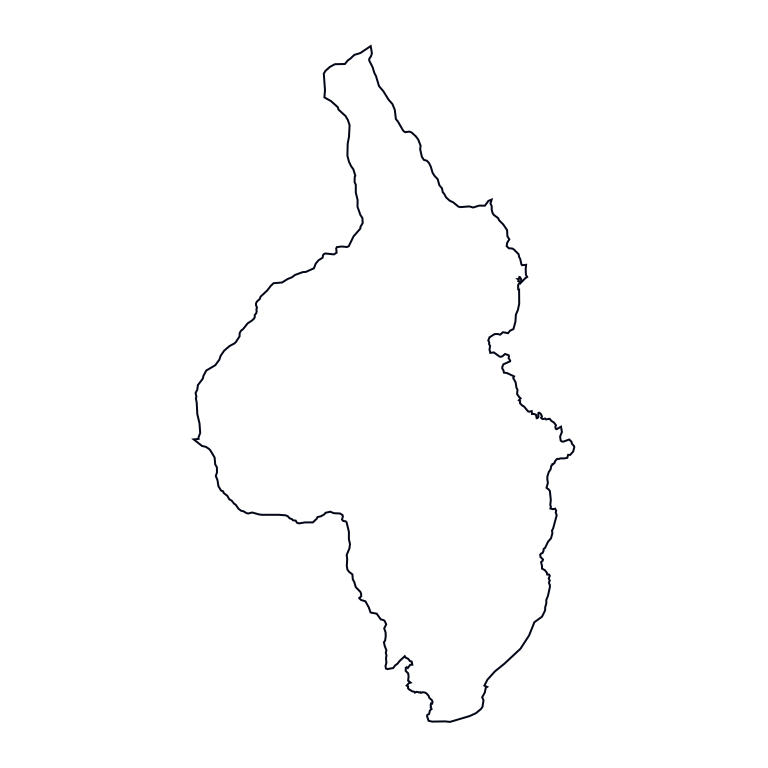 outline of Tangua, Nariño, Colombia
{"feature_id": "7082276B88194767649924", "entity_name": "Tangua", "entity_type": "district", "adm_level": 2, "iso_a3": "COL", "parent_name": "Colombia", "parent_adm1": "Nariño", "projection": "orthographic", "projection_center": [-77.351, 1.075], "detail": "fine", "context": "isolated", "style": "outline", "palette": "ink", "viewbox_px": 768, "rotation_deg": 0, "n_neighbors": 0, "source": "geoboundaries", "source_scale": "gbopen_adm2", "svg_char_len": 6104}
<svg xmlns="http://www.w3.org/2000/svg" viewBox="0 0 768 768"><path d="M323.8,73.6L325.0,90.3L324.4,97.4L331.0,101.1L337.7,107.1L338.6,109.7L345.6,116.1L347.9,120.1L349.6,125.2L349.0,136.8L347.7,143.6L347.4,155.8L349.0,161.8L351.1,166.2L353.3,169.2L355.3,175.7L354.7,177.0L354.6,182.2L355.8,184.7L355.8,192.6L357.6,199.9L357.5,206.7L360.4,215.0L362.4,218.0L362.7,223.0L360.5,226.8L360.3,228.6L353.6,236.3L348.7,246.3L346.8,247.0L341.9,246.5L336.9,247.1L336.2,248.4L336.6,252.7L333.9,254.4L325.6,253.5L324.2,253.9L323.1,255.0L322.6,257.7L318.6,260.2L315.8,263.5L313.9,268.3L305.9,271.9L302.8,272.1L295.1,274.9L291.9,277.3L287.7,279.0L282.0,282.5L273.6,283.2L270.9,285.7L267.2,290.5L260.6,296.6L259.8,298.9L256.8,301.7L256.0,303.5L256.0,305.1L257.0,307.7L256.4,309.3L256.7,311.4L256.2,313.2L254.7,315.1L254.8,316.9L254.2,318.4L252.0,320.5L247.7,323.3L243.0,329.2L241.0,330.7L239.6,333.3L239.6,336.3L235.7,342.3L234.1,343.6L229.6,346.0L224.2,350.6L220.6,355.9L219.4,359.6L215.3,365.2L206.2,370.6L203.5,375.8L202.7,378.8L197.9,385.1L197.3,389.6L195.6,392.9L196.4,396.7L195.9,398.4L196.7,402.6L197.3,414.1L199.5,423.4L200.2,432.9L198.5,437.5L198.6,438.9L193.7,439.4L202.1,446.0L205.8,446.8L209.0,448.9L210.3,450.3L214.6,457.5L215.2,464.3L216.9,467.4L217.0,472.4L215.8,476.0L217.5,480.2L218.4,486.1L221.0,490.5L223.2,491.4L223.6,492.9L227.4,495.9L229.2,499.2L231.7,500.7L234.2,503.8L235.6,504.6L238.6,508.9L241.2,510.8L243.3,511.2L246.5,513.1L248.2,513.5L252.2,512.5L259.3,514.5L262.2,514.8L278.7,514.8L285.4,515.3L287.6,516.1L289.7,518.3L292.0,519.2L293.0,520.3L295.7,520.6L296.9,522.7L299.1,523.4L305.0,522.4L312.8,522.4L316.5,519.0L317.5,517.1L320.8,516.3L324.1,514.5L325.6,512.8L330.2,511.7L333.9,513.2L340.1,513.5L342.5,515.1L342.9,516.3L342.0,519.6L343.3,521.0L345.6,521.3L346.6,522.3L348.9,531.8L348.9,539.1L350.0,544.2L349.4,548.5L346.7,554.9L347.2,559.1L346.8,565.9L347.4,569.5L348.9,571.7L352.4,574.4L352.8,579.3L354.3,582.1L355.8,587.2L360.4,591.9L361.1,593.7L361.2,596.3L359.2,598.0L359.4,598.4L361.1,600.0L365.4,601.3L368.7,607.2L370.6,612.5L376.7,613.7L380.8,619.4L383.6,620.1L384.7,621.0L386.2,624.3L384.2,628.4L385.6,632.5L385.7,636.4L385.1,640.6L383.9,642.3L384.8,646.2L386.4,650.2L385.8,652.8L386.5,655.6L386.0,658.2L386.4,662.8L385.5,665.9L385.9,668.5L387.5,669.1L393.2,668.0L395.2,665.4L397.5,663.7L399.6,661.0L404.8,656.2L405.6,657.6L408.0,658.7L410.0,661.1L411.7,661.6L412.3,664.7L410.2,664.8L407.8,668.0L406.7,667.2L405.8,667.9L405.7,670.9L408.2,673.4L408.6,676.5L408.1,680.6L410.6,682.6L408.9,683.1L406.7,685.6L408.1,686.4L408.0,688.1L408.8,689.2L412.2,691.3L414.4,691.8L414.9,692.6L416.7,691.8L419.4,692.5L420.2,692.2L420.9,692.9L422.3,692.2L424.8,692.5L426.5,693.4L428.5,695.7L429.4,698.0L431.9,700.2L432.6,702.1L432.0,703.7L431.1,703.4L430.6,705.0L431.0,706.2L430.6,707.4L431.6,708.9L429.9,710.5L429.1,714.0L427.4,714.8L427.0,716.0L428.6,720.8L432.1,721.6L445.2,721.4L450.0,721.9L469.8,716.0L475.9,713.2L481.0,709.0L482.5,706.8L483.5,700.3L482.2,697.2L484.8,692.5L485.8,687.7L487.1,686.9L484.4,685.6L487.4,679.7L495.0,671.3L504.3,663.8L520.5,648.7L529.1,635.4L534.4,622.2L542.0,616.7L545.1,610.4L545.2,607.2L546.3,603.4L546.3,600.0L548.0,595.7L549.9,587.0L549.9,584.9L549.1,583.6L549.1,581.8L549.8,580.5L548.7,578.5L549.8,575.8L549.0,574.5L547.2,574.5L546.9,572.8L544.9,570.2L542.0,568.6L542.0,566.1L541.1,562.1L542.7,560.6L543.0,559.5L540.5,557.0L540.2,554.7L540.9,553.7L542.6,552.9L543.5,550.9L543.6,549.0L545.1,547.9L548.0,541.8L551.0,538.3L552.4,533.2L552.0,530.5L553.1,528.6L556.7,515.2L555.7,512.5L556.2,510.6L555.1,508.7L552.9,509.2L550.4,508.5L550.9,506.8L550.3,505.0L550.8,500.0L549.9,491.2L548.9,489.6L546.5,487.8L547.9,482.9L547.3,479.1L547.4,476.4L548.8,472.0L550.6,469.3L551.3,465.7L552.9,464.4L552.6,464.1L554.5,463.0L554.9,461.5L556.5,459.4L557.5,458.8L559.0,459.0L560.3,458.4L564.4,458.4L567.3,457.8L568.1,454.9L570.2,454.9L573.2,451.5L574.3,447.1L574.0,446.1L572.0,443.8L571.4,441.6L569.2,439.5L563.5,441.6L562.1,441.6L560.7,440.6L560.1,436.5L561.9,432.0L561.0,426.7L556.6,429.2L555.8,428.8L555.3,427.0L556.0,425.3L554.0,422.6L551.3,420.8L549.7,418.8L545.9,419.4L545.0,418.5L542.9,419.1L541.3,418.2L541.1,417.7L541.9,416.6L541.7,415.7L540.7,413.8L539.2,412.7L538.5,412.9L538.3,413.5L538.4,416.9L537.4,418.1L536.7,418.2L536.0,414.8L533.9,413.9L532.0,414.0L531.7,411.1L529.2,411.7L528.0,411.3L524.0,406.5L522.2,405.5L520.0,403.2L520.1,401.0L518.9,400.3L520.6,398.3L519.3,397.2L517.1,394.1L517.5,389.8L516.4,387.6L515.6,382.3L513.2,378.0L514.1,376.4L507.1,373.1L503.9,372.6L503.4,370.2L502.3,368.6L502.3,366.9L503.4,364.3L510.1,361.3L510.2,360.6L508.6,358.1L509.0,356.5L508.6,355.2L505.0,354.0L502.4,356.3L500.6,356.8L499.5,356.5L493.8,352.4L490.3,352.9L489.5,349.5L490.1,346.0L489.1,344.2L489.2,342.3L488.3,340.5L489.5,337.3L494.6,334.1L497.8,334.0L500.1,334.7L503.0,332.2L508.0,333.2L510.0,330.7L513.4,329.1L515.4,321.9L515.9,314.7L517.9,309.9L519.2,303.8L519.1,289.5L518.2,289.4L518.1,285.2L518.9,283.7L519.8,283.2L519.7,281.6L518.3,281.1L518.6,279.8L517.8,279.1L518.8,279.1L519.4,277.0L519.9,277.1L521.1,279.1L521.3,281.0L521.7,281.2L521.5,282.1L525.5,278.0L527.2,277.0L525.9,274.8L525.7,268.6L526.1,264.8L522.0,265.2L521.4,264.3L520.2,258.9L519.1,256.9L518.6,254.2L513.8,249.4L512.2,248.5L508.9,248.3L506.7,246.2L507.1,242.9L509.3,239.3L507.4,236.3L507.1,230.2L503.3,224.5L499.2,220.4L498.1,218.1L493.9,215.0L492.7,213.3L491.7,209.8L491.7,206.1L490.5,203.5L491.6,199.6L488.4,200.9L484.9,205.7L479.3,205.6L473.1,207.5L469.3,206.4L460.7,207.1L458.5,206.7L453.3,202.4L449.7,200.7L446.1,197.4L444.1,193.7L442.8,192.3L442.0,188.4L439.3,185.1L437.7,179.2L434.5,175.8L432.6,172.8L430.8,166.7L429.0,163.0L426.8,160.7L423.9,159.9L421.9,156.9L420.2,149.4L420.6,145.7L418.2,139.5L415.8,136.3L411.5,132.4L409.2,131.6L405.4,132.2L403.9,131.4L402.9,130.2L397.9,121.5L395.9,119.1L394.8,109.9L392.4,104.0L388.6,99.7L383.4,91.3L379.0,86.1L376.0,76.1L374.3,72.8L372.6,67.2L369.2,60.5L369.2,59.0L371.1,56.0L371.9,53.2L370.7,46.1L360.4,53.0L354.3,54.9L350.3,58.7L347.8,60.4L344.9,64.0L334.9,64.2L329.9,66.9L325.6,70.7L323.8,73.6Z" fill="none" stroke="#020617" stroke-width="2"/></svg>